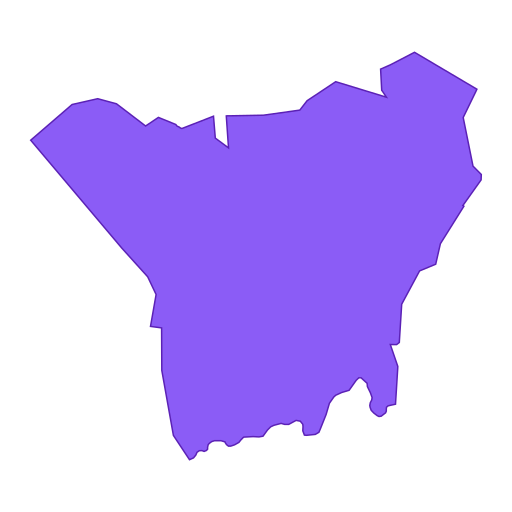 the district of Henderson, North Carolina, United States of America
{"feature_id": "52423323B65725719955419", "entity_name": "Henderson", "entity_type": "district", "adm_level": 2, "iso_a3": "USA", "parent_name": "United States of America", "parent_adm1": "North Carolina", "projection": "orthographic", "projection_center": [-82.46, 35.322], "detail": "fine", "context": "isolated", "style": "filled", "palette": "violet", "viewbox_px": 512, "rotation_deg": 0, "n_neighbors": 0, "source": "geoboundaries", "source_scale": "gbopen_adm2", "svg_char_len": 1713}
<svg xmlns="http://www.w3.org/2000/svg" viewBox="0 0 512 512"><path d="M395.5,404.2L397.7,368.7L397.8,366.4L390.3,344.5L394.7,344.6L396.6,344.6L399.3,342.5L401.7,304.2L419.6,270.9L435.7,264.2L440.4,243.7L463.9,206.2L463.2,205.6L462.9,205.5L481.1,179.9L481.3,174.5L473.0,166.1L463.2,117.5L475.9,91.4L476.9,89.2L414.5,52.3L390.2,64.9L380.6,69.1L381.7,90.1L381.7,90.3L381.8,90.5L382.0,90.6L386.4,97.2L335.7,81.7L307.1,100.7L299.8,110.1L263.4,115.2L230.9,115.8L227.5,115.8L226.3,115.9L226.3,116.2L228.5,147.9L215.3,138.1L213.5,116.2L182.2,128.4L181.4,128.4L180.3,127.9L179.1,127.0L177.2,126.2L176.8,125.8L175.8,124.5L158.4,117.4L145.6,126.0L116.5,103.8L97.7,98.7L72.1,104.5L30.7,140.2L121.8,248.1L147.7,276.8L156.1,294.5L150.5,326.4L161.6,327.9L161.8,370.4L173.4,435.4L189.5,459.7L193.5,457.9L195.8,455.1L197.0,452.3L199.3,450.7L202.0,450.6L204.1,451.4L206.4,450.5L207.6,449.2L207.6,447.2L208.2,444.6L209.4,443.3L211.7,441.6L214.5,440.7L217.3,440.7L221.0,440.7L225.0,441.9L225.2,442.6L226.5,444.6L228.4,446.1L230.8,446.1L234.6,444.8L238.9,442.4L240.9,439.9L242.7,438.1L243.1,437.6L243.9,437.1L253.1,436.6L259.0,436.9L263.0,436.2L267.5,430.0L270.7,426.8L273.9,425.3L281.1,423.4L284.7,424.4L288.7,424.4L296.1,420.4L300.3,421.2L302.8,424.3L303.0,426.7L302.8,430.8L304.4,435.1L306.5,435.3L315.3,434.4L318.9,432.3L320.4,428.8L326.1,414.5L329.4,403.3L333.8,397.0L335.8,395.2L341.7,392.5L349.1,390.3L356.2,380.3L358.8,377.8L361.1,377.8L367.1,383.3L367.4,386.6L370.4,392.8L372.1,397.6L371.7,400.0L370.3,402.7L369.8,405.4L370.1,407.3L371.2,410.3L373.9,413.1L377.3,415.7L379.0,416.5L381.2,416.2L385.6,412.8L386.3,411.1L386.3,409.1L386.5,407.2L388.2,405.8L395.5,404.2Z" fill="#8b5cf6" stroke="#5b21b6" stroke-width="1.5"/></svg>